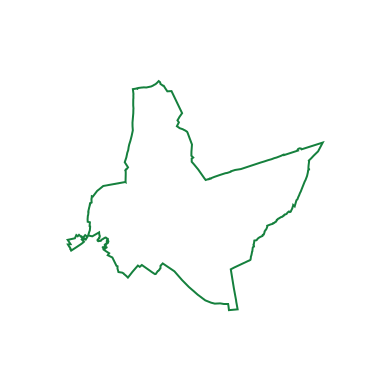 the district of Daugavpils, Daugavpils, Latvia, rotated 43°
{"feature_id": "27541924B86608938053042", "entity_name": "Daugavpils", "entity_type": "district", "adm_level": 2, "iso_a3": "LVA", "parent_name": "Latvia", "parent_adm1": "Daugavpils", "projection": "mercator", "projection_center": [26.527, 55.896], "detail": "fine", "context": "isolated", "style": "outline", "palette": "green", "viewbox_px": 384, "rotation_deg": 43, "n_neighbors": 0, "source": "geoboundaries", "source_scale": "gbopen_adm2", "svg_char_len": 5882}
<svg xmlns="http://www.w3.org/2000/svg" viewBox="0 0 384 384"><g transform="rotate(43 192 192)"><path d="M299.1,242.0L297.7,240.8L297.5,240.7L288.2,233.8L273.1,222.1L274.4,218.4L281.0,201.9L280.8,201.4L280.7,201.2L279.8,199.9L279.2,199.2L278.5,197.6L276.6,194.6L276.6,194.3L274.4,191.3L274.2,190.2L274.5,189.6L274.1,189.3L272.9,188.2L272.8,188.3L272.5,187.6L272.1,186.9L270.7,185.0L271.2,184.3L271.9,183.6L272.1,182.9L272.0,182.3L271.9,181.2L272.1,179.9L272.6,178.2L273.4,176.4L273.5,176.2L273.2,175.9L273.0,175.1L273.3,174.9L273.5,174.6L273.4,173.9L273.2,173.6L272.6,172.1L272.2,171.7L271.9,171.0L271.9,170.1L271.7,169.8L271.8,169.5L271.6,168.3L271.1,166.9L270.5,165.8L270.0,165.4L270.1,165.2L271.2,162.9L271.9,161.6L272.3,161.0L272.6,160.5L272.7,160.2L272.5,159.8L272.6,159.4L272.7,159.2L273.0,159.2L273.3,158.2L273.2,157.8L273.3,157.4L273.5,156.8L273.7,156.3L273.6,156.0L273.4,155.7L273.4,155.0L273.1,154.8L273.0,154.5L273.1,154.2L273.3,153.9L273.3,153.7L273.2,153.5L273.2,153.3L273.3,152.6L273.5,152.4L273.6,152.0L273.7,151.8L273.8,151.5L273.7,151.2L274.0,150.6L274.1,150.1L274.1,149.9L274.4,149.5L274.7,149.0L274.8,148.8L274.8,148.3L274.8,148.2L275.0,148.1L275.1,147.6L275.0,147.0L275.0,146.7L275.3,146.4L275.2,146.0L275.1,145.7L275.2,145.1L275.6,144.8L276.1,143.5L276.0,142.6L275.9,141.8L276.2,140.1L277.2,140.0L277.6,139.3L277.5,138.7L276.9,137.0L276.5,135.5L275.9,134.6L275.7,133.7L274.9,132.5L276.9,132.5L274.0,126.8L274.1,125.5L273.2,123.3L272.6,121.4L271.7,119.2L271.2,117.4L270.5,115.7L267.3,107.5L266.8,105.7L265.7,103.0L265.2,101.8L263.4,98.7L262.0,96.7L262.0,96.2L262.3,95.7L262.0,95.4L261.1,95.4L260.3,94.5L259.4,93.4L256.7,89.7L256.3,89.6L256.0,89.4L256.2,86.2L256.2,83.9L256.2,82.4L256.5,76.3L254.7,69.6L253.9,66.7L243.0,86.1L242.0,85.9L240.9,86.7L240.3,88.0L240.5,89.4L241.2,89.5L234.1,102.3L233.6,102.1L233.2,102.9L232.4,104.9L230.3,109.2L229.1,111.1L227.8,113.8L225.9,116.9L224.0,120.4L222.3,123.3L212.1,141.9L208.5,146.5L206.3,150.4L206.5,150.8L204.7,154.1L203.6,155.5L200.8,160.5L198.1,165.6L196.4,169.2L196.5,169.3L196.2,169.6L196.4,169.7L195.7,171.0L195.5,170.9L193.8,173.9L191.5,173.5L181.2,171.3L174.4,170.4L171.2,170.1L169.0,167.8L169.4,166.0L166.8,165.9L164.1,162.9L159.6,157.3L148.2,151.6L147.3,151.3L146.0,151.5L144.5,151.8L143.7,152.1L142.4,152.4L139.3,153.8L138.6,153.8L136.1,154.2L135.8,153.2L134.9,150.0L132.5,149.5L132.0,147.1L131.6,145.5L131.0,141.1L108.2,132.2L105.3,135.2L101.8,134.4L98.8,133.6L98.6,133.7L98.2,134.1L96.9,134.2L95.3,134.5L93.8,133.5L92.0,133.6L92.0,135.6L91.8,138.0L91.3,139.3L90.9,140.8L90.2,142.6L87.4,146.6L86.5,147.4L85.3,148.4L85.1,148.7L83.9,150.0L81.9,152.4L81.5,153.1L81.3,153.3L81.6,153.8L80.9,154.1L78.6,157.1L82.4,160.3L82.9,161.0L85.3,163.5L85.5,163.9L87.4,166.0L90.0,168.8L92.3,170.9L92.9,171.7L95.4,174.5L101.2,181.9L103.7,184.5L106.6,187.2L107.3,188.3L109.7,192.3L112.1,196.7L113.7,200.1L115.0,202.3L116.8,204.9L117.9,207.4L120.4,211.5L122.5,216.1L128.4,217.6L128.6,220.1L128.3,220.3L128.2,220.5L128.3,220.9L128.6,221.3L128.5,221.7L129.5,222.2L129.9,222.6L131.4,224.2L136.1,229.5L136.8,230.1L136.4,230.2L123.0,248.1L121.9,255.9L122.6,263.0L121.6,263.4L123.2,265.4L123.2,265.7L125.8,268.2L125.8,268.4L125.3,269.0L125.1,269.4L125.8,270.4L125.6,270.5L126.9,272.5L127.2,273.1L127.4,273.5L129.1,276.4L129.5,277.1L129.9,277.5L130.1,277.4L131.1,278.8L131.7,279.6L132.1,280.5L133.0,281.6L134.1,283.0L136.0,284.9L138.0,283.8L140.2,286.6L140.4,286.8L140.9,286.6L141.3,287.0L142.1,288.0L143.4,289.7L144.0,291.1L144.1,291.4L145.4,294.0L145.5,294.2L145.8,295.2L146.0,295.8L146.0,296.1L143.3,296.4L143.5,299.8L141.6,299.8L141.6,300.4L138.6,300.4L138.6,302.3L136.8,302.4L137.9,305.7L136.9,307.2L133.7,311.8L138.0,312.8L138.2,313.0L138.5,312.9L138.8,313.0L137.0,315.0L139.1,315.6L139.9,315.8L140.1,315.7L140.6,315.8L141.1,316.1L141.7,316.2L142.3,316.5L142.2,316.8L143.1,317.0L143.3,317.2L143.6,317.3L144.6,313.3L145.4,310.0L145.6,309.1L146.3,306.2L146.7,304.1L146.9,302.1L143.7,301.9L143.6,300.3L145.4,300.3L145.5,299.2L146.7,299.2L146.1,296.1L145.7,294.4L147.4,293.6L149.3,292.4L151.6,284.9L152.8,286.0L153.2,286.3L153.5,286.5L154.1,286.8L154.2,287.0L154.6,287.1L154.8,287.4L155.1,287.7L155.1,288.0L155.2,288.8L155.7,289.1L155.5,291.1L155.6,291.5L155.8,291.7L156.0,291.9L156.4,292.0L157.0,291.9L157.2,291.6L157.3,291.1L157.9,290.8L158.6,289.9L158.6,289.6L158.4,289.2L158.5,288.7L158.5,288.3L158.6,288.1L159.0,286.9L159.0,286.4L159.5,285.2L159.6,284.6L159.9,284.2L160.0,284.1L160.8,284.0L161.6,284.3L161.8,284.2L162.0,284.0L162.2,283.7L162.5,283.7L163.0,284.3L163.3,284.6L164.5,285.1L164.6,285.3L164.7,285.5L163.4,285.2L163.2,285.3L163.1,285.5L163.6,285.7L163.8,285.9L163.8,286.0L163.6,286.4L163.6,286.6L163.8,286.8L164.3,286.7L164.7,286.8L164.9,287.0L165.0,287.4L165.0,287.8L164.9,288.2L164.4,288.7L164.2,289.3L164.2,290.2L164.3,290.3L164.5,290.4L164.7,290.0L165.0,289.8L165.3,289.7L165.4,289.8L165.7,290.6L165.9,290.8L166.2,291.0L166.3,291.0L166.7,291.0L167.2,290.7L167.4,290.8L167.4,291.0L166.5,291.5L166.4,291.6L166.4,291.9L166.5,292.0L166.9,292.2L167.0,292.3L167.1,292.5L167.0,292.8L166.6,292.9L165.9,292.3L165.6,292.2L165.0,292.6L164.5,293.0L164.4,293.2L164.4,293.3L164.7,293.5L165.3,293.6L165.8,293.5L166.4,294.2L166.5,294.4L169.4,294.0L173.2,293.3L173.5,295.7L178.4,294.2L187.1,297.5L188.2,297.1L189.7,298.8L192.8,300.7L195.9,298.6L197.6,298.2L198.1,298.4L199.0,298.3L201.3,298.2L203.5,298.3L203.2,294.6L202.9,291.2L202.7,286.1L202.6,282.7L204.8,282.4L205.0,281.3L205.0,280.1L205.1,279.6L215.3,278.2L217.0,278.0L220.0,277.5L220.9,277.3L221.4,276.7L221.0,273.9L220.9,273.1L221.2,272.7L221.2,271.8L221.1,271.5L221.2,271.1L221.0,270.7L220.9,270.0L221.0,269.7L221.0,269.4L219.3,267.4L219.3,264.2L233.2,262.0L244.9,263.2L254.4,263.6L266.3,263.2L275.6,262.2L281.5,259.9L284.8,258.1L288.6,254.2L291.8,252.1L294.8,249.3L296.4,250.5L299.6,253.2L305.4,246.7L299.1,242.0Z" fill="none" stroke="#15803d" stroke-width="2"/></g></svg>